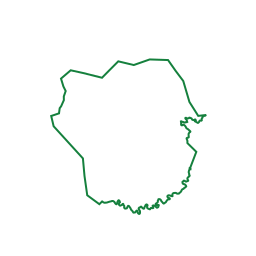 Jargalant, Arhangay, Mongolia (Robinson projection), rotated 224°
{"feature_id": "93677404B33687570251576", "entity_name": "Jargalant", "entity_type": "district", "adm_level": 2, "iso_a3": "MNG", "parent_name": "Mongolia", "parent_adm1": "Arhangay", "projection": "robinson", "projection_center": [100.463, 48.654], "detail": "fine", "context": "isolated", "style": "outline", "palette": "green", "viewbox_px": 256, "rotation_deg": 224, "n_neighbors": 0, "source": "geoboundaries", "source_scale": "gbopen_adm2", "svg_char_len": 5399}
<svg xmlns="http://www.w3.org/2000/svg" viewBox="0 0 256 256"><g transform="rotate(224 128 128)"><path d="M95.7,53.3L95.6,57.2L95.2,57.3L94.8,57.3L94.1,57.4L93.4,57.7L92.6,58.2L92.2,58.9L91.7,59.3L91.3,59.9L90.8,60.9L90.4,61.6L89.9,62.5L89.2,63.5L88.8,64.4L88.4,64.8L88.0,65.1L87.4,65.2L87.0,65.3L86.6,65.4L86.2,65.3L85.1,65.0L84.5,64.9L84.0,64.9L83.5,65.0L83.3,65.2L83.3,65.8L83.6,66.4L84.0,67.0L84.3,67.6L84.4,68.1L84.6,68.7L84.6,69.2L84.6,69.4L84.1,69.7L83.7,69.7L83.4,69.6L82.9,69.3L82.3,69.1L82.2,69.0L82.2,68.9L82.2,68.1L82.1,67.7L81.8,67.0L81.5,66.8L81.3,66.7L80.8,66.5L80.3,66.6L79.9,66.6L79.5,67.0L79.4,67.4L79.0,68.1L79.0,68.4L79.1,69.6L79.0,69.8L78.8,70.0L78.5,70.0L78.2,69.8L77.9,69.5L77.6,69.4L76.7,69.4L76.3,69.1L75.9,68.6L75.7,68.3L75.3,68.0L74.4,67.9L73.9,68.2L73.5,68.8L73.1,69.3L73.1,69.5L73.5,70.6L73.6,70.9L73.7,71.3L73.8,71.7L73.8,72.1L73.4,72.4L73.0,72.5L72.5,72.4L70.4,72.0L69.1,71.4L66.7,71.3L66.5,71.2L66.2,71.1L65.6,70.9L65.2,71.0L64.7,71.6L64.3,72.2L64.1,72.5L64.4,73.2L64.4,73.8L64.4,74.5L64.1,74.7L64.0,74.8L63.8,74.8L63.5,74.7L63.0,74.4L62.3,74.1L61.9,73.8L61.6,73.7L61.1,73.7L60.5,73.8L60.3,73.9L60.2,74.1L60.1,74.3L60.1,74.6L60.4,75.3L61.0,75.9L61.3,76.2L61.8,76.6L62.6,76.8L63.7,77.0L64.1,77.2L64.5,77.6L64.6,77.9L64.6,78.3L64.6,78.6L64.3,78.9L64.2,79.4L64.2,79.9L64.1,80.3L64.0,80.5L63.8,80.6L63.4,80.6L62.7,80.5L61.9,80.5L61.1,80.6L60.7,80.8L60.5,81.1L60.5,81.4L60.7,81.8L60.9,82.1L61.1,82.5L61.3,83.2L61.5,83.9L61.7,84.5L61.8,84.8L61.7,85.7L61.5,85.9L61.3,86.0L61.0,86.1L60.6,86.1L60.3,86.0L60.1,85.8L60.0,85.6L59.7,84.8L59.4,84.4L59.0,84.1L58.7,83.9L57.9,83.9L57.5,84.0L57.2,84.1L56.4,84.4L55.8,84.7L55.7,84.9L55.7,85.2L56.0,86.1L56.0,86.3L55.9,86.5L55.6,86.8L55.4,86.9L54.9,87.2L54.4,87.7L54.3,87.9L54.3,88.1L54.8,88.5L55.4,88.8L55.8,88.9L56.2,89.1L56.2,89.4L56.2,89.6L55.9,90.0L55.5,90.3L55.1,90.5L54.8,90.6L54.4,90.6L52.8,90.7L52.2,90.7L51.8,90.8L51.7,91.0L51.4,91.7L51.4,92.3L51.7,92.8L51.9,92.9L52.0,93.2L52.1,93.7L52.2,93.8L52.4,93.9L52.7,93.8L52.9,93.6L53.5,92.8L53.8,92.6L54.5,92.3L55.3,92.6L55.4,92.9L55.3,93.5L55.1,94.1L55.1,95.0L55.2,95.5L55.3,95.7L56.0,96.3L56.2,97.2L56.5,97.6L56.6,97.9L56.3,98.4L56.0,98.6L55.6,98.9L55.1,99.0L54.6,99.0L53.8,98.9L53.1,98.5L52.4,98.5L51.6,98.5L51.0,98.4L50.5,98.3L50.1,98.4L49.8,98.5L49.6,99.0L49.5,99.9L49.3,100.5L49.3,101.1L49.7,102.9L49.7,103.3L49.6,104.1L49.3,104.9L49.2,105.1L48.8,105.4L48.6,105.6L48.6,105.8L48.7,106.1L48.9,106.2L49.1,106.3L49.7,106.2L50.4,105.8L51.1,105.7L51.8,105.9L52.2,106.2L52.4,106.7L52.4,106.9L52.2,107.6L52.0,107.8L51.6,108.2L51.1,108.5L50.3,108.9L49.6,109.1L49.1,109.5L48.9,109.6L48.7,109.8L48.7,110.0L49.0,110.2L49.4,110.5L50.0,111.1L50.2,111.9L50.2,112.2L50.1,112.6L50.0,112.9L49.6,113.4L49.0,114.1L48.4,114.6L47.9,114.7L47.3,114.8L46.8,115.1L46.3,115.6L45.8,116.3L45.8,116.5L45.9,116.8L45.9,117.2L45.8,117.5L45.7,117.9L45.7,118.3L45.7,118.9L45.9,119.8L46.1,120.1L46.3,121.1L46.3,121.5L46.3,121.8L46.1,122.2L45.8,122.8L45.8,123.0L45.9,123.8L45.8,124.3L45.6,124.7L45.6,125.2L45.5,126.0L45.6,126.5L45.9,126.6L46.2,126.8L47.4,127.0L48.1,126.8L48.3,126.6L48.9,126.5L49.3,126.2L50.0,126.1L50.5,126.3L50.9,126.7L51.3,126.9L51.3,127.2L51.3,127.6L51.3,127.9L51.3,128.8L51.2,129.0L50.4,129.4L49.6,129.5L49.3,129.6L48.9,129.9L48.5,130.8L48.3,131.1L48.1,131.6L48.1,131.9L48.5,132.1L49.3,132.4L50.0,132.7L50.3,133.1L50.5,133.5L50.6,134.0L50.4,134.9L50.6,135.5L50.4,135.9L50.4,136.2L50.6,136.6L50.9,136.8L51.7,137.0L52.4,137.7L53.3,138.1L53.9,138.7L54.5,139.7L54.6,140.2L54.9,140.6L55.2,141.1L54.9,141.3L54.7,141.4L54.5,141.6L54.4,141.7L54.9,142.3L55.2,142.4L55.8,142.5L55.7,142.8L62.3,158.3L74.7,158.4L75.2,158.8L75.9,159.6L76.6,160.2L78.4,161.0L78.7,161.4L78.7,161.8L78.5,162.2L78.2,162.6L78.1,163.0L77.9,163.2L77.9,163.5L78.1,163.8L78.6,164.2L79.7,165.2L80.1,165.6L80.5,166.2L80.6,167.0L80.7,167.5L80.8,167.9L80.5,168.4L80.6,168.7L80.7,168.8L81.1,168.9L84.1,168.8L85.3,168.5L86.1,168.5L86.8,168.8L87.8,169.1L88.8,169.2L89.7,169.1L90.2,169.1L90.5,168.9L90.7,168.7L90.8,168.4L90.9,168.1L90.8,167.8L91.0,167.5L91.2,167.3L91.3,167.2L91.7,167.2L92.0,167.2L92.3,167.5L92.6,167.9L92.9,168.1L93.5,168.8L93.6,169.1L94.0,169.1L94.3,169.3L94.5,169.5L94.2,169.9L93.3,170.1L92.9,170.4L92.5,170.6L92.2,170.8L91.9,170.9L91.0,171.3L90.7,171.7L90.6,172.2L90.3,172.5L89.7,173.1L89.6,173.5L90.0,173.6L90.4,173.9L90.8,174.2L91.4,174.5L92.0,174.7L92.3,174.8L92.6,174.6L92.8,174.6L93.0,174.7L93.3,174.7L93.6,174.9L93.7,175.2L93.4,175.6L92.8,175.7L92.2,176.0L91.5,176.6L91.2,177.2L91.1,177.4L91.1,178.0L90.9,178.2L90.6,178.4L90.3,178.4L89.6,178.8L89.0,179.0L88.5,178.9L88.0,178.7L87.6,178.6L87.3,178.7L86.9,178.9L86.6,179.1L86.2,179.5L86.0,180.1L85.8,180.5L85.6,180.8L85.4,180.9L85.0,180.8L84.6,180.6L84.7,180.3L84.9,180.1L84.9,179.9L84.9,179.5L84.6,179.3L84.2,179.4L83.5,179.6L82.6,179.9L81.9,180.0L81.5,180.1L81.3,180.2L81.2,180.3L81.1,180.6L81.1,181.4L81.1,181.9L81.5,182.7L81.5,183.1L81.4,183.4L80.3,184.3L80.3,184.8L80.8,185.2L81.6,186.1L81.6,187.3L81.9,187.7L82.4,188.0L82.6,188.2L82.3,188.9L81.7,189.5L81.1,190.3L80.8,191.7L85.9,185.5L101.9,189.4L120.9,200.2L133.5,202.2L146.4,204.7L152.6,199.1L160.0,192.4L167.6,177.3L175.2,172.8L181.3,169.2L181.5,157.1L181.6,146.1L198.6,136.3L209.3,129.7L210.5,117.0L203.3,113.0L198.5,111.3L196.1,106.1L193.5,103.5L191.2,97.2L190.9,94.8L187.8,90.6L191.6,83.3L182.7,77.6L139.3,74.8L126.0,63.3L110.6,51.3L95.7,53.3Z" fill="none" stroke="#15803d" stroke-width="2"/></g></svg>